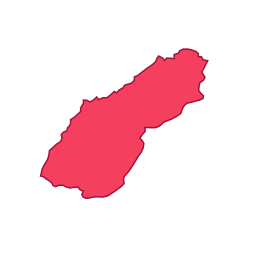 outline of Glaucilândia, Minas Gerais, Brazil, rotated 68°
{"feature_id": "56859067B44524669514227", "entity_name": "Glaucilândia", "entity_type": "district", "adm_level": 2, "iso_a3": "BRA", "parent_name": "Brazil", "parent_adm1": "Minas Gerais", "projection": "equal_earth", "projection_center": [-43.642, -16.9], "detail": "fine", "context": "isolated", "style": "filled", "palette": "rose", "viewbox_px": 256, "rotation_deg": 68, "n_neighbors": 0, "source": "geoboundaries", "source_scale": "gbopen_adm2", "svg_char_len": 1736}
<svg xmlns="http://www.w3.org/2000/svg" viewBox="0 0 256 256"><g transform="rotate(68 128 128)"><path d="M85.4,159.0L88.1,159.8L91.6,164.3L95.0,165.8L96.7,170.3L98.1,174.1L98.8,178.2L101.7,179.2L104.0,181.2L105.2,184.1L107.6,185.6L107.7,189.6L109.3,192.5L112.7,192.9L115.3,195.6L116.2,200.3L117.9,204.8L119.5,209.3L123.5,211.5L126.9,214.2L129.3,217.3L131.6,220.4L134.4,223.4L137.0,225.0L139.8,227.1L141.5,224.6L144.0,223.4L147.1,221.0L150.4,219.2L153.1,219.1L155.2,217.3L155.2,213.4L156.9,209.6L159.7,207.2L161.8,204.4L162.6,200.9L164.0,196.6L167.3,195.6L169.8,193.2L172.5,195.8L175.3,195.4L177.5,193.2L178.4,189.9L178.9,186.5L180.2,182.3L182.5,177.5L183.3,172.9L182.7,168.9L181.8,164.4L180.7,160.0L179.6,155.8L178.0,152.4L173.9,151.4L171.6,149.7L169.9,146.5L168.3,143.2L166.2,140.1L162.6,135.1L160.1,131.7L157.9,128.9L155.6,125.1L152.3,121.5L148.3,119.1L145.1,119.6L141.9,120.8L139.3,117.0L137.6,113.4L134.0,112.2L135.2,108.9L136.7,105.7L137.9,102.5L138.0,98.9L137.3,95.9L136.0,92.6L136.0,88.2L136.0,83.8L135.3,77.8L134.2,73.5L131.1,71.0L128.3,67.5L127.1,64.1L128.0,58.9L128.3,55.1L128.9,51.6L128.8,47.5L126.2,46.0L123.5,47.3L119.8,48.5L116.2,46.7L113.0,44.4L112.0,40.3L110.0,37.7L107.2,38.1L103.7,38.7L101.0,35.2L98.6,32.5L95.5,28.9L92.9,32.8L89.6,33.2L88.1,36.1L85.5,34.9L82.5,36.3L79.5,39.7L77.2,43.0L75.5,47.5L75.8,51.1L77.6,53.4L77.2,57.7L81.1,59.1L79.1,62.7L77.7,66.1L79.1,68.6L75.9,69.9L72.7,72.7L74.5,75.3L76.8,77.5L78.3,81.5L79.2,85.0L79.8,88.2L80.7,91.2L81.8,95.3L83.0,99.2L83.0,102.9L86.3,104.4L87.7,108.4L87.0,114.8L89.0,117.9L89.5,122.2L91.2,125.3L89.0,127.0L90.9,132.1L92.0,136.3L90.5,140.1L90.8,144.6L87.5,145.4L89.0,148.9L89.6,153.6L86.8,155.8L85.4,159.0Z" fill="#f43f5e" stroke="#9f1239" stroke-width="1.5"/></g></svg>